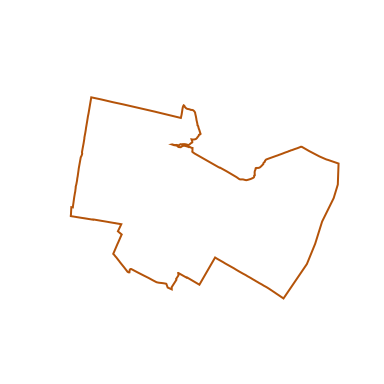 outline of Brancoveni, Olt, Romania, rotated 32°
{"feature_id": "2599482B4467006256881", "entity_name": "Brancoveni", "entity_type": "district", "adm_level": 2, "iso_a3": "ROU", "parent_name": "Romania", "parent_adm1": "Olt", "projection": "orthographic", "projection_center": [24.313, 44.317], "detail": "fine", "context": "isolated", "style": "outline", "palette": "amber", "viewbox_px": 384, "rotation_deg": 32, "n_neighbors": 0, "source": "geoboundaries", "source_scale": "gbopen_adm2", "svg_char_len": 5854}
<svg xmlns="http://www.w3.org/2000/svg" viewBox="0 0 384 384"><g transform="rotate(32 192 192)"><path d="M326.0,233.8L327.6,192.2L323.9,170.7L318.0,148.1L315.4,122.1L311.7,108.4L301.2,90.2L290.4,92.7L288.7,93.2L281.2,94.3L269.6,95.2L261.1,95.5L260.7,95.9L260.3,96.0L260.1,96.3L259.7,96.9L258.0,99.2L256.9,100.5L256.1,101.5L255.2,102.7L254.4,103.7L253.7,104.4L253.5,104.8L253.3,105.1L253.1,105.3L252.9,105.6L252.5,106.0L252.2,106.5L251.8,107.1L250.7,108.4L250.0,109.3L249.4,110.1L248.6,111.2L247.7,112.4L246.1,114.4L245.0,115.9L244.7,116.2L243.9,117.2L241.3,120.5L239.4,122.9L237.8,125.0L237.6,125.4L237.5,126.1L237.4,126.8L237.6,127.4L237.7,127.7L237.7,128.1L237.3,128.9L237.3,129.3L237.3,129.6L237.4,130.0L237.5,130.3L237.7,130.7L237.5,131.1L237.4,131.6L237.4,132.0L237.2,132.7L237.0,133.6L236.7,134.7L236.5,135.2L236.3,135.5L236.0,135.9L235.4,136.5L234.6,137.0L234.2,137.3L233.8,137.5L233.5,137.8L233.4,138.2L233.6,138.6L233.9,139.1L234.0,139.8L234.0,140.2L234.2,141.0L234.4,141.5L234.6,142.0L234.9,142.4L235.1,142.8L235.6,143.4L236.0,144.0L236.3,144.4L236.1,144.7L236.0,144.9L236.0,145.1L236.5,145.8L236.7,146.8L236.4,147.5L236.0,148.2L235.3,149.2L234.8,150.0L234.3,150.5L233.7,151.2L233.0,152.0L232.4,152.6L231.8,153.2L231.1,153.5L229.9,153.9L229.5,154.0L228.6,154.3L228.2,154.5L226.3,155.7L226.1,155.8L225.8,155.9L225.1,156.0L221.9,155.8L213.8,156.0L210.1,156.1L202.8,156.5L202.7,156.7L202.4,156.7L201.4,156.9L200.7,156.9L190.7,157.3L173.5,158.0L172.8,157.9L171.9,157.9L170.9,157.7L170.5,156.8L169.8,155.6L169.1,154.4L168.2,154.8L166.9,154.9L166.2,155.0L165.7,155.6L164.9,155.7L163.6,156.0L162.6,156.3L161.3,156.7L160.8,157.0L160.2,157.4L159.6,158.1L158.9,159.4L158.7,160.0L157.0,160.9L156.3,161.0L154.9,160.7L154.0,160.9L152.4,161.6L151.4,162.0L150.6,162.1L149.8,162.3L150.0,162.1L151.2,161.8L152.1,161.5L152.7,161.1L153.3,160.8L153.9,160.3L154.6,160.0L155.1,159.9L155.7,159.8L156.1,159.4L156.3,158.9L156.3,158.6L156.5,158.4L156.7,158.1L157.0,157.5L157.4,157.3L157.9,157.1L158.3,156.8L158.7,156.4L159.0,156.2L159.3,156.0L159.6,155.8L160.0,155.6L160.4,155.3L160.6,155.2L161.1,155.0L161.6,154.8L162.2,154.6L163.0,154.4L163.4,154.3L164.0,154.1L164.4,153.7L164.7,153.0L164.8,152.7L164.9,152.3L165.0,151.9L165.2,151.3L165.8,150.2L165.9,149.6L165.7,149.3L165.5,149.1L165.3,148.9L165.0,148.7L164.6,148.3L164.2,148.0L164.0,147.9L163.9,147.8L163.8,147.7L163.7,147.6L164.0,147.5L164.4,147.3L164.9,147.1L165.2,146.9L165.6,146.6L166.1,146.2L166.8,145.5L167.1,145.1L167.4,144.5L167.5,144.1L167.5,143.9L167.6,143.6L167.6,143.2L167.6,142.7L167.7,142.1L167.8,141.7L167.8,141.4L167.8,141.0L167.8,140.8L167.8,140.4L167.7,140.1L167.6,139.9L167.7,139.7L167.8,139.5L167.9,139.3L168.2,139.1L168.3,138.9L168.4,138.6L168.5,138.4L168.5,138.2L168.1,138.0L167.9,137.8L167.6,137.5L167.3,137.2L166.8,136.8L166.2,136.3L165.9,136.0L165.6,135.7L165.3,135.5L164.6,135.0L163.9,134.4L163.6,134.2L163.4,134.0L163.2,133.8L163.0,133.5L162.7,133.3L162.5,133.1L162.3,132.9L162.1,132.8L161.8,132.6L161.4,132.6L161.2,132.4L161.1,132.2L160.9,131.9L159.9,130.8L159.4,130.3L158.4,129.3L158.0,128.9L157.5,128.4L156.6,127.3L156.1,126.8L155.6,126.2L155.0,125.6L154.5,125.1L153.9,124.5L153.5,124.1L153.1,123.7L152.8,123.3L152.5,123.0L152.1,122.8L151.8,122.6L151.3,122.4L150.9,122.3L150.4,122.2L149.9,122.1L149.4,122.1L149.1,122.2L148.7,122.3L148.4,122.5L147.9,122.7L147.7,122.9L147.3,123.0L146.9,123.0L146.3,123.2L145.8,123.3L145.4,123.4L144.8,123.7L144.5,123.8L143.9,124.0L143.4,124.1L143.0,124.1L142.5,124.1L142.0,123.9L141.8,123.9L141.6,123.8L141.4,123.8L141.1,123.7L140.9,123.7L140.7,123.6L140.4,123.4L140.1,123.1L139.8,123.0L139.6,122.9L139.3,122.9L139.0,122.9L139.0,123.5L139.1,124.0L139.2,124.6L139.3,125.1L139.5,125.5L139.7,126.0L139.9,126.6L140.2,127.3L140.7,128.4L141.2,129.6L141.6,130.5L141.9,131.3L142.2,131.9L142.5,132.9L142.8,133.6L143.0,134.2L143.1,134.5L143.2,134.8L143.3,135.1L119.0,143.2L118.9,143.2L87.1,154.2L77.2,157.8L76.3,158.1L66.0,161.6L56.4,165.1L62.7,180.4L63.7,183.1L64.0,183.8L65.7,187.8L67.1,191.2L68.2,193.9L68.9,195.4L69.9,197.8L70.5,199.3L71.0,200.6L72.0,203.1L72.3,203.5L73.1,205.4L74.2,208.0L76.2,213.1L77.5,216.3L77.8,216.8L78.2,217.3L78.4,217.5L78.6,217.7L78.9,218.7L79.2,220.4L79.2,220.8L79.3,221.6L83.5,232.1L84.2,233.6L86.7,239.2L86.9,239.7L87.4,241.0L87.9,242.1L88.4,243.1L89.8,246.7L90.7,249.5L91.1,249.9L91.6,251.1L92.6,253.2L92.9,253.9L93.0,254.3L94.9,258.9L97.1,263.8L98.6,267.2L99.1,268.2L97.7,268.8L101.2,275.1L101.8,276.4L102.0,276.7L122.8,267.9L122.7,267.7L123.5,267.3L149.1,256.8L150.0,264.6L154.9,265.3L155.0,266.2L156.2,274.3L156.3,275.3L158.0,286.2L159.5,286.6L160.1,286.8L160.6,287.0L161.4,287.3L161.8,287.4L162.6,287.6L163.3,287.9L165.0,288.5L165.7,288.8L166.4,289.0L167.4,289.4L168.1,289.7L169.0,290.0L169.8,290.3L170.4,290.5L170.7,290.6L170.9,290.7L171.3,290.8L172.1,291.1L172.7,291.3L173.6,291.6L174.2,291.8L179.3,293.7L179.5,293.8L179.9,293.8L180.0,293.8L180.4,293.8L180.5,293.8L180.9,293.7L181.1,293.6L181.3,293.5L181.5,293.3L181.3,293.0L181.2,292.7L181.0,292.3L180.8,291.9L180.7,291.7L180.6,291.4L180.5,291.2L180.5,290.9L180.5,290.6L180.5,290.2L180.7,289.9L181.0,289.8L181.2,289.6L181.4,289.5L181.6,289.5L188.5,289.0L195.5,288.4L200.6,287.9L205.9,287.6L209.7,287.3L210.6,287.0L211.7,286.6L212.8,286.1L213.8,285.6L214.6,285.2L215.3,284.9L216.4,284.4L218.6,283.5L218.9,283.5L222.0,285.9L226.4,285.3L226.2,285.0L225.7,284.2L225.2,283.5L225.3,274.7L224.6,274.2L224.7,269.9L224.4,269.4L224.0,268.9L223.2,268.0L223.3,267.9L233.0,267.5L233.0,267.1L236.0,267.0L247.4,266.7L246.3,235.3L248.8,235.3L255.6,235.0L258.0,235.0L259.9,234.9L267.9,234.5L270.8,234.5L274.5,234.4L278.8,234.2L281.5,234.0L283.8,234.0L285.4,233.9L287.8,233.8L289.6,233.8L292.1,233.7L293.5,233.7L295.6,233.6L297.3,233.6L298.6,233.5L300.1,233.4L301.0,233.4L302.6,233.4L303.9,233.3L305.7,233.2L308.7,233.2L326.0,233.8Z" fill="none" stroke="#b45309" stroke-width="2"/></g></svg>